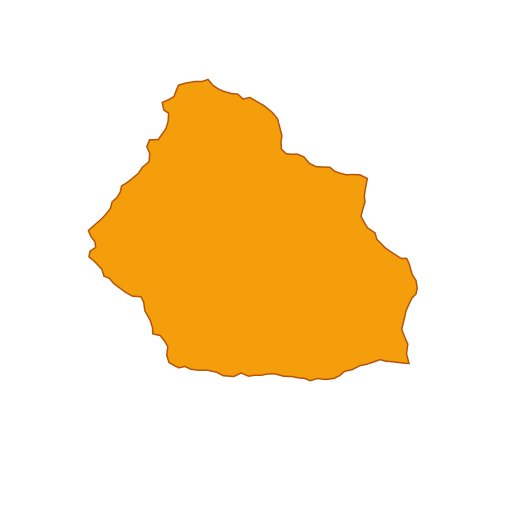 outline of Aurora, Santa Catarina, Brazil, rotated 50°
{"feature_id": "56859067B27230834805142", "entity_name": "Aurora", "entity_type": "district", "adm_level": 2, "iso_a3": "BRA", "parent_name": "Brazil", "parent_adm1": "Santa Catarina", "projection": "albers", "projection_center": [-49.591, -27.33], "detail": "fine", "context": "isolated", "style": "filled", "palette": "amber", "viewbox_px": 512, "rotation_deg": 50, "n_neighbors": 0, "source": "geoboundaries", "source_scale": "gbopen_adm2", "svg_char_len": 1920}
<svg xmlns="http://www.w3.org/2000/svg" viewBox="0 0 512 512"><g transform="rotate(50 256 256)"><path d="M128.7,368.0L134.8,369.9L141.5,370.2L146.4,373.3L145.6,380.0L149.2,384.5L156.6,383.2L167.0,382.6L173.7,385.4L178.7,382.7L186.3,382.6L193.4,380.8L199.9,379.3L207.3,376.5L213.3,370.3L219.2,371.7L226.4,376.3L237.3,378.4L244.7,381.5L249.2,385.1L255.4,380.5L263.0,380.8L268.7,381.8L274.7,388.2L281.6,391.1L287.3,389.1L292.1,386.9L294.9,381.5L300.9,378.7L306.4,373.6L312.1,366.8L319.5,361.0L326.7,358.0L334.1,350.4L336.0,342.6L343.3,338.9L346.7,333.4L350.7,328.8L353.5,323.4L358.4,317.3L365.9,312.1L371.3,306.1L376.2,302.1L381.3,297.3L386.4,294.6L389.2,287.9L395.6,281.7L400.0,274.8L401.4,268.7L401.3,262.3L404.9,255.3L406.8,246.8L409.9,241.3L412.5,234.7L415.1,227.6L419.5,224.6L425.4,218.8L431.6,213.0L436.7,207.9L427.7,203.6L421.1,196.4L412.7,193.9L405.8,191.5L399.5,182.9L394.6,176.5L391.4,170.2L388.4,163.5L387.9,157.7L384.1,153.1L377.7,149.2L370.9,148.3L366.3,146.4L360.9,143.8L354.6,142.1L351.1,146.5L344.4,148.5L339.6,150.0L332.8,151.8L326.8,152.2L320.9,152.8L315.1,150.0L306.0,152.5L298.7,151.3L293.0,150.0L289.0,144.3L284.7,137.8L279.8,134.6L274.9,129.1L268.2,120.9L260.6,124.2L255.7,129.6L251.6,134.9L246.8,138.2L241.7,141.3L235.5,142.4L231.1,147.3L226.0,152.7L219.3,155.6L210.9,155.6L204.5,158.9L201.2,163.1L197.1,167.1L190.6,167.9L184.3,163.2L180.6,158.9L174.1,155.8L164.7,151.3L156.2,151.3L146.5,153.1L130.6,158.8L127.4,165.0L120.3,165.9L115.3,170.8L108.8,175.1L104.1,177.4L97.9,179.2L89.9,179.3L87.7,185.1L83.1,190.6L78.6,198.2L75.3,205.5L77.9,210.6L81.2,216.4L79.9,223.1L78.1,229.1L84.8,232.8L90.5,231.2L96.4,236.8L100.5,243.1L104.0,256.0L98.6,262.9L102.1,269.4L109.0,271.4L115.0,277.2L115.0,286.1L117.1,292.9L117.1,300.0L116.9,307.5L115.9,313.9L119.7,318.8L121.8,324.6L122.1,331.6L125.8,336.5L127.3,342.6L128.3,349.9L128.5,358.9L128.7,368.0Z" fill="#f59e0b" stroke="#b45309" stroke-width="1.5"/></g></svg>